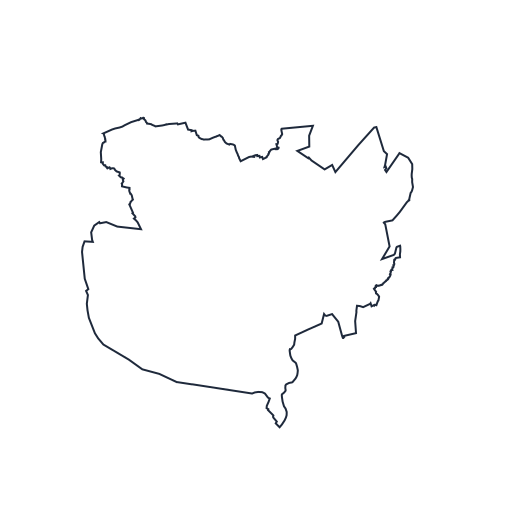 Kota Palembang, Sumatera Selatan, Indonesia, rotated 340°
{"feature_id": "22746128B87825164980488", "entity_name": "Kota Palembang", "entity_type": "district", "adm_level": 2, "iso_a3": "IDN", "parent_name": "Indonesia", "parent_adm1": "Sumatera Selatan", "projection": "orthographic", "projection_center": [104.768, -2.979], "detail": "fine", "context": "isolated", "style": "outline", "palette": "slate", "viewbox_px": 512, "rotation_deg": 340, "n_neighbors": 0, "source": "geoboundaries", "source_scale": "gbopen_adm2", "svg_char_len": 6004}
<svg xmlns="http://www.w3.org/2000/svg" viewBox="0 0 512 512"><g transform="rotate(340 256 256)"><path d="M110.4,323.6L124.8,333.7L138.5,347.5L138.9,347.6L151.9,354.7L152.3,354.8L205.3,383.9L208.2,383.8L211.6,384.5L215.1,386.0L216.3,387.1L217.4,388.4L218.7,392.8L219.2,393.7L220.2,394.6L217.9,397.4L214.9,400.5L213.9,402.6L215.2,404.2L214.6,404.9L217.8,411.8L217.1,412.8L217.0,413.7L218.9,418.7L217.3,420.0L219.6,425.0L222.7,423.2L226.6,420.3L228.9,418.0L230.3,416.1L231.2,413.9L231.5,413.0L231.6,409.5L230.9,406.8L231.2,401.9L232.1,397.5L232.6,395.7L233.0,394.9L235.8,393.9L237.7,392.7L238.0,392.0L238.4,390.0L238.9,388.9L239.4,387.7L240.4,387.0L243.5,386.6L245.0,386.8L246.5,387.1L247.2,387.0L251.3,384.6L252.7,383.4L254.0,382.0L255.3,379.7L255.8,380.0L255.3,379.7L256.2,377.7L256.7,374.2L256.9,371.2L256.8,370.0L254.7,366.6L254.3,364.3L254.2,361.5L254.5,359.8L255.2,356.6L255.5,355.8L256.0,355.2L256.9,356.0L256.8,355.9L257.4,355.3L259.3,354.1L261.5,352.4L262.5,350.4L264.4,347.3L265.6,344.1L279.7,342.9L294.6,341.9L300.1,333.8L300.6,335.4L301.3,336.4L301.2,336.4L307.6,336.6L310.8,345.9L309.6,360.3L309.6,362.7L310.0,362.9L310.2,362.6L311.2,362.3L311.5,361.2L323.6,362.7L326.9,351.1L331.3,342.9L331.4,342.1L333.9,337.3L336.5,338.6L339.2,340.7L346.9,340.0L347.5,339.6L347.4,342.8L349.9,342.5L350.1,343.1L351.2,342.5L352.3,343.4L354.4,340.8L354.7,340.6L355.1,340.0L355.8,339.7L357.6,336.7L357.8,336.2L357.3,334.4L356.7,333.0L356.6,332.9L356.0,332.2L356.3,330.9L356.6,330.6L355.9,328.4L355.6,327.1L356.0,326.9L356.8,326.9L357.2,326.2L357.6,326.1L358.1,326.2L358.4,324.9L358.7,324.9L359.0,324.7L359.3,325.1L359.5,324.9L359.7,325.1L359.9,325.5L360.5,325.8L361.4,326.0L361.7,325.8L362.4,326.1L363.4,326.0L363.5,325.9L363.8,325.9L364.0,326.2L364.7,326.2L364.8,325.9L365.4,325.8L365.8,325.6L366.1,325.2L367.0,325.0L367.7,324.6L368.2,324.5L368.9,324.1L369.5,324.1L369.9,323.5L370.3,323.4L370.8,323.5L371.8,323.1L372.0,322.8L372.0,322.5L372.2,322.4L372.5,322.7L372.8,322.4L372.7,322.0L372.8,321.8L373.3,321.6L373.9,321.6L374.6,321.2L375.7,320.1L375.7,319.6L375.9,319.5L375.7,319.1L376.1,318.9L376.0,318.6L376.5,318.2L377.4,316.9L377.1,316.6L377.1,316.4L377.9,315.9L378.2,315.9L378.7,315.5L379.0,315.6L378.9,315.2L379.4,315.2L379.7,314.9L379.8,314.5L380.4,313.8L380.4,313.5L381.0,313.6L381.3,313.4L381.2,313.2L381.8,312.5L381.9,311.7L382.4,311.8L382.7,311.6L383.3,310.7L383.3,309.7L384.6,306.8L384.8,306.7L385.5,307.0L385.7,306.8L386.0,306.2L386.4,305.8L386.9,305.7L390.9,306.5L391.8,303.6L393.1,301.2L393.9,299.2L394.8,296.4L394.9,295.6L391.6,295.6L391.2,295.8L390.9,296.0L387.4,301.2L386.4,301.9L385.5,302.1L373.4,302.0L384.8,292.7L388.3,270.4L387.5,268.4L388.1,268.1L389.8,268.2L396.4,269.2L402.0,266.2L406.0,263.9L416.1,257.1L418.1,256.2L418.3,256.0L418.5,256.2L419.1,256.1L419.5,254.9L422.9,249.6L423.9,249.0L425.0,247.9L427.1,244.9L428.0,240.0L429.1,237.1L429.2,235.6L429.8,233.6L430.4,232.1L432.6,227.8L434.2,223.1L432.6,215.7L426.0,208.4L425.8,208.6L407.3,221.7L406.7,219.3L408.5,218.1L408.5,216.3L407.2,216.3L408.4,214.7L414.0,205.1L412.0,201.2L413.2,176.0L410.9,175.7L390.4,186.6L359.3,204.3L358.7,196.5L350.1,198.1L340.8,185.2L339.3,181.6L338.6,182.1L330.8,171.4L343.5,171.4L347.1,161.1L354.0,153.1L323.7,145.2L323.2,145.5L323.0,146.0L323.0,146.4L322.8,146.7L322.3,150.4L321.8,150.8L321.6,151.1L321.1,151.5L320.7,151.5L320.4,151.7L319.7,152.5L318.8,153.3L316.6,153.6L316.0,154.1L315.7,154.7L315.8,156.3L315.2,157.3L314.5,158.1L313.4,157.9L313.3,159.5L313.1,161.1L314.3,161.9L314.2,162.2L313.4,162.8L312.4,162.9L310.9,162.3L311.0,161.7L306.8,161.2L306.5,161.3L304.9,162.2L304.3,162.8L303.7,162.8L303.5,163.6L302.8,164.4L302.5,164.4L302.3,165.0L299.6,166.6L299.6,166.9L295.7,167.3L295.7,165.0L293.3,164.7L293.5,163.1L291.4,162.6L291.7,161.5L290.0,161.1L289.0,161.1L289.0,161.3L287.6,161.2L287.7,162.0L285.4,160.9L283.3,160.6L274.0,161.7L273.6,158.1L273.8,157.2L273.5,155.5L273.6,154.0L273.4,152.2L273.3,149.2L273.9,145.0L273.3,144.1L272.5,143.3L270.0,141.8L269.1,142.2L266.8,140.2L265.8,138.3L265.6,137.5L265.6,136.5L265.1,135.5L265.2,133.7L264.7,132.4L264.3,131.7L264.0,131.6L263.2,129.9L260.9,130.1L260.3,130.0L259.4,130.2L258.8,130.1L256.3,130.1L251.8,130.4L246.5,128.6L245.9,128.0L245.0,127.6L243.2,125.6L242.8,124.8L243.0,123.3L241.7,122.2L241.9,117.5L239.4,116.8L238.1,116.7L238.5,115.7L235.4,114.0L235.3,106.6L227.6,105.6L227.4,104.5L219.3,102.2L216.5,101.8L216.5,101.6L214.8,101.6L212.6,101.3L205.8,99.8L205.4,99.2L203.2,97.2L202.7,96.4L200.9,95.3L198.9,94.3L199.0,93.5L198.4,92.3L198.5,91.1L198.4,90.6L197.6,89.2L197.9,88.0L197.3,87.5L196.0,87.8L195.7,87.7L194.8,87.0L194.4,87.5L193.0,87.7L192.9,88.1L192.1,88.2L191.6,87.8L191.1,87.8L184.5,87.5L177.4,88.2L174.7,88.7L171.7,88.6L167.3,88.0L164.0,87.9L154.4,88.6L154.8,89.0L154.5,91.1L154.6,92.3L154.4,93.4L154.4,94.3L154.1,94.7L154.2,95.5L153.7,97.0L152.8,96.8L152.1,97.3L150.8,97.4L149.8,98.4L145.7,105.3L143.7,112.0L142.5,114.9L144.1,115.6L143.5,116.6L144.2,118.8L145.4,119.2L145.3,120.5L146.3,121.4L146.1,122.1L146.3,122.8L148.6,122.5L148.9,122.9L148.9,124.4L150.7,124.3L152.0,124.8L152.6,125.2L152.9,126.2L152.9,126.8L153.9,128.8L154.1,128.8L154.8,129.6L155.2,129.8L156.5,130.8L156.4,131.5L155.7,132.7L155.7,133.0L155.2,133.8L154.9,133.8L155.8,135.7L156.1,136.0L156.9,136.3L157.2,137.3L157.5,137.2L158.1,138.0L156.9,138.8L156.9,140.5L154.6,142.1L154.8,142.5L153.9,144.7L157.8,147.3L160.4,148.7L160.1,149.3L160.2,149.5L159.9,150.3L159.6,150.4L159.4,150.6L159.1,152.2L159.2,153.7L159.1,154.4L159.6,154.6L160.0,156.5L159.6,159.7L159.6,160.9L158.1,161.5L157.3,162.1L156.7,162.2L155.9,163.3L155.6,163.5L155.3,164.1L154.6,164.2L155.2,173.3L154.5,173.6L156.4,178.2L156.6,178.2L154.1,179.1L155.4,181.5L156.3,183.9L157.1,191.5L135.7,180.9L126.9,172.9L120.6,171.9L120.3,170.5L114.4,172.1L109.2,177.4L107.5,184.8L107.5,186.9L99.9,183.6L96.2,188.1L93.9,192.7L87.3,218.8L87.1,229.8L84.4,230.7L84.7,235.2L80.7,243.0L79.1,249.4L77.8,256.9L78.2,273.5L79.5,279.4L82.3,287.0L101.0,309.8L110.4,323.6Z" fill="none" stroke="#1e293b" stroke-width="2"/></g></svg>